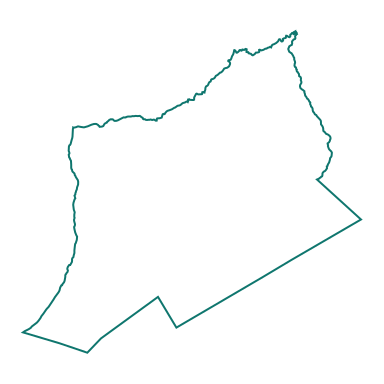 outline of Capitán Sarmiento, Buenos Aires, Argentina
{"feature_id": "61730980B51809222363415", "entity_name": "Capitán Sarmiento", "entity_type": "district", "adm_level": 2, "iso_a3": "ARG", "parent_name": "Argentina", "parent_adm1": "Buenos Aires", "projection": "robinson", "projection_center": [-59.868, -34.142], "detail": "fine", "context": "isolated", "style": "outline", "palette": "teal", "viewbox_px": 384, "rotation_deg": 0, "n_neighbors": 0, "source": "geoboundaries", "source_scale": "gbopen_adm2", "svg_char_len": 5779}
<svg xmlns="http://www.w3.org/2000/svg" viewBox="0 0 384 384"><path d="M361.0,219.5L317.0,179.5L319.1,178.6L319.6,178.0L320.7,177.4L321.2,176.7L322.1,176.3L322.4,175.4L322.5,173.3L322.8,172.7L323.8,171.6L325.0,171.0L325.8,170.1L327.0,168.3L326.8,166.4L327.6,165.8L327.8,164.6L329.1,162.5L329.9,159.8L330.1,158.2L331.4,156.5L331.6,155.5L331.9,152.7L331.3,151.5L329.6,149.8L328.9,148.9L328.2,147.0L327.9,146.0L328.1,145.1L327.7,144.2L327.6,143.4L329.0,142.3L329.5,141.5L329.9,140.7L330.0,139.8L330.5,138.9L330.5,137.8L330.2,136.7L329.5,135.8L328.3,134.8L327.4,134.3L326.2,133.9L324.4,131.7L323.6,131.3L323.3,130.5L323.2,128.5L322.9,127.3L322.4,126.2L321.0,124.3L320.9,121.1L320.3,119.9L316.9,116.2L316.3,115.1L314.9,114.3L313.9,112.4L313.1,111.7L312.7,110.2L312.6,108.8L312.1,107.5L311.0,106.5L310.9,105.6L310.1,104.0L310.3,102.6L310.0,102.1L309.3,101.6L309.0,100.7L308.0,99.1L307.2,98.7L306.2,96.8L305.2,95.6L304.8,93.4L304.4,92.7L304.4,91.2L302.8,89.9L301.8,89.3L300.4,88.0L300.0,86.5L300.1,85.1L301.4,82.8L301.3,81.4L300.8,80.3L301.0,78.2L300.5,77.0L299.2,76.2L298.9,73.9L298.2,73.0L297.7,72.0L296.9,71.5L296.6,70.4L296.8,69.6L296.2,69.1L296.1,68.1L295.9,67.4L295.0,66.9L294.8,66.3L294.5,65.8L294.7,63.7L295.1,62.9L295.0,61.7L294.2,59.4L294.2,57.8L293.6,57.0L293.1,55.7L291.5,53.2L291.0,53.0L289.2,51.7L288.3,49.2L288.4,48.3L288.9,47.6L289.2,46.4L291.0,45.2L291.7,45.0L292.2,43.4L292.0,41.8L292.2,41.2L292.8,40.5L293.6,39.5L294.9,39.1L295.4,38.2L295.1,36.4L295.3,35.7L296.0,35.1L296.3,34.5L296.9,34.1L296.7,33.8L296.4,33.6L296.7,33.4L296.8,33.1L296.6,32.9L295.9,33.0L295.8,32.5L295.9,32.1L295.3,32.1L295.3,31.3L293.7,32.2L293.7,32.6L294.2,33.9L294.0,34.1L293.8,34.2L293.5,34.0L292.6,33.1L292.4,33.0L291.9,33.1L291.6,33.7L290.3,34.7L290.2,35.3L290.4,36.0L290.0,36.8L289.4,37.2L288.5,36.9L287.1,35.9L286.2,35.7L285.9,36.2L286.0,37.1L285.8,37.8L285.2,38.1L284.0,38.3L282.9,38.9L283.1,40.4L282.5,41.3L281.7,41.5L281.2,41.2L280.9,40.4L279.8,39.2L278.9,39.5L278.5,40.6L278.0,41.4L276.2,43.0L274.0,44.2L273.0,44.5L272.0,45.2L271.1,47.4L270.1,46.8L268.9,47.5L267.6,47.8L266.6,48.6L265.3,48.7L263.5,49.8L261.5,50.4L259.7,49.7L259.1,49.9L259.1,50.4L259.4,50.9L259.4,51.4L259.2,51.9L258.8,52.2L257.1,52.6L255.9,52.6L254.6,54.2L252.8,55.3L251.7,54.8L251.4,54.2L250.9,53.8L248.7,53.3L248.6,52.6L248.3,52.2L248.0,52.1L247.4,52.2L246.5,52.0L246.5,50.8L246.7,49.8L246.6,49.2L245.6,48.9L245.3,49.0L244.6,49.8L244.2,49.9L243.4,49.9L242.8,49.5L242.4,49.5L242.2,49.6L241.9,50.4L241.5,50.7L241.2,50.7L240.3,50.0L239.9,50.0L239.3,50.4L239.1,50.9L238.7,51.4L237.8,52.2L237.0,52.7L236.5,52.7L235.3,50.6L234.7,50.2L234.3,50.1L234.1,50.5L234.1,51.0L233.4,53.7L233.1,54.5L232.0,56.3L231.3,58.5L230.7,59.7L229.5,60.2L229.1,60.1L228.5,60.3L228.2,60.9L228.3,61.2L228.8,61.4L229.2,61.7L229.8,62.4L230.1,63.1L230.0,64.2L229.1,66.3L227.7,67.4L227.0,67.8L225.5,68.1L224.2,68.6L222.7,70.9L221.5,72.1L220.6,72.6L220.1,72.6L217.6,74.9L215.8,75.9L214.9,77.5L214.3,78.2L212.6,79.1L212.0,79.1L211.3,79.5L210.9,80.2L210.9,80.7L210.6,81.5L210.3,81.7L209.4,82.1L208.6,83.4L208.3,84.5L207.9,85.1L207.4,85.7L206.2,86.3L205.8,86.9L205.4,88.0L205.3,89.7L204.6,91.7L204.5,92.6L204.0,92.6L203.3,92.0L202.3,92.2L202.0,94.1L201.8,94.2L198.2,94.4L196.9,93.7L196.4,93.7L196.1,93.9L194.2,97.4L194.1,99.7L193.6,100.0L192.4,100.0L189.7,99.8L189.3,99.3L188.1,99.5L188.0,100.0L188.1,101.3L187.8,102.0L187.4,101.6L186.6,101.5L184.9,102.5L183.0,103.0L182.4,103.3L180.6,104.9L179.7,105.4L177.5,105.8L175.6,107.2L175.0,107.6L174.4,107.7L171.9,109.3L169.5,110.2L167.6,110.8L166.6,111.4L165.2,113.1L164.8,113.9L164.3,114.1L164.2,113.9L163.6,113.9L162.9,114.1L162.6,114.4L161.7,117.6L159.8,118.2L157.2,118.4L156.8,119.0L156.7,120.6L156.0,120.7L155.6,120.6L154.6,119.9L153.9,119.6L152.1,120.0L150.7,119.5L149.4,119.8L148.2,119.8L147.0,120.0L145.7,119.8L144.9,119.2L143.8,119.3L143.3,119.1L143.0,118.8L143.0,118.5L142.6,117.7L141.6,117.3L140.5,116.3L139.8,115.9L137.6,116.1L135.7,115.9L133.9,116.2L132.6,116.1L131.0,116.5L128.1,116.5L126.6,116.9L126.2,117.0L125.8,117.4L125.0,117.5L123.5,117.4L117.7,120.4L116.0,120.9L114.6,120.9L113.8,120.4L113.0,119.5L112.5,119.3L111.6,119.4L111.0,119.2L110.7,119.4L109.4,119.8L108.5,120.8L106.9,122.1L106.9,122.5L104.8,123.6L104.3,124.2L103.4,125.9L103.2,126.1L101.9,126.6L99.6,126.8L99.2,126.0L98.5,125.6L98.0,124.9L96.4,124.0L95.7,123.9L93.9,124.0L91.5,124.7L87.8,126.3L84.2,127.3L83.4,127.3L81.2,127.0L78.2,126.4L77.6,126.5L76.3,127.1L75.1,127.4L73.7,127.7L73.2,127.5L73.2,128.0L72.9,128.9L72.5,136.6L72.2,138.3L71.8,139.4L70.6,144.0L70.0,145.0L69.3,145.4L68.9,146.7L68.7,150.9L69.3,152.4L69.4,153.5L68.7,154.8L68.9,155.6L69.1,157.1L69.2,157.5L69.8,158.2L70.2,159.5L70.9,160.6L71.0,161.2L71.2,164.6L71.2,167.7L71.4,168.9L72.0,169.6L72.2,170.9L72.6,171.7L74.3,173.3L74.6,173.9L74.8,175.2L75.3,175.7L75.8,177.0L77.8,180.1L78.2,181.8L78.1,184.6L77.1,187.3L76.8,189.4L76.0,191.2L75.8,192.3L75.4,193.1L75.3,194.5L74.5,195.6L75.1,197.6L75.3,198.4L74.6,199.3L73.5,202.7L73.2,204.8L73.8,209.7L74.7,212.2L74.3,214.7L74.3,217.1L74.6,217.8L74.0,219.9L74.2,221.3L75.0,224.2L74.8,225.7L74.1,227.0L74.4,228.9L75.2,232.4L76.4,235.4L77.1,236.6L76.8,239.9L75.7,243.2L75.2,243.9L75.0,244.9L74.4,250.3L74.4,253.0L73.7,255.4L73.4,257.1L72.4,258.1L72.0,259.2L72.1,260.4L71.9,262.0L70.2,265.0L69.2,265.0L67.9,266.8L67.4,268.2L67.3,269.0L67.9,270.5L67.5,272.0L66.5,273.1L66.1,274.0L65.6,274.4L65.3,275.4L65.3,276.9L64.6,280.8L64.0,282.3L62.6,284.0L62.1,285.2L61.5,285.2L61.0,286.0L60.2,287.5L59.5,290.5L58.6,292.2L54.9,297.2L53.6,299.4L48.6,306.9L46.8,308.8L45.9,310.0L43.3,313.8L41.4,316.2L40.5,318.0L38.4,320.9L36.9,322.6L31.8,326.5L30.8,327.8L28.7,329.2L24.7,331.2L23.0,332.4L59.6,343.3L87.3,352.7L101.0,338.4L158.0,296.9L176.4,327.6L262.7,277.1L291.5,259.9L361.0,219.5Z" fill="none" stroke="#0f766e" stroke-width="2"/></svg>